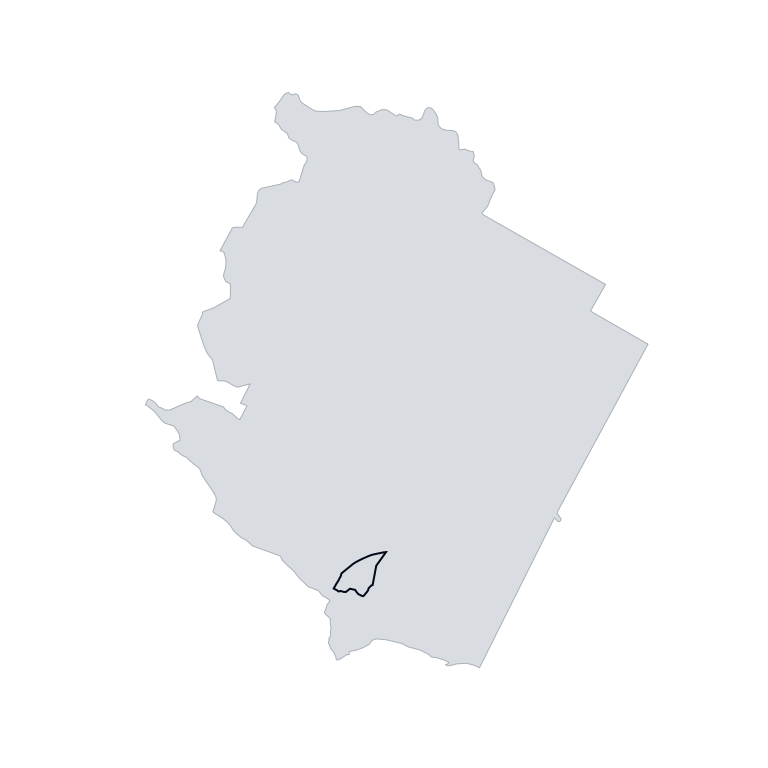 Dordieb, Red Sea, Sudan (highlighted), rotated 116°
{"feature_id": "16777658B19100050508345", "entity_name": "Dordieb", "entity_type": "district", "adm_level": 2, "iso_a3": "SDN", "parent_name": "Sudan", "parent_adm1": "Red Sea", "projection": "orthographic", "projection_center": [35.963, 17.512], "detail": "fine", "context": "in_parent", "style": "outline", "palette": "ink", "viewbox_px": 768, "rotation_deg": 116, "n_neighbors": 0, "source": "geoboundaries", "source_scale": "gbopen_adm2", "svg_char_len": 4548}
<svg xmlns="http://www.w3.org/2000/svg" viewBox="0 0 768 768"><g transform="rotate(116 384 384)"><path d="M507.3,589.4L501.1,589.3L500.5,587.8L500.6,583.9L501.3,580.9L503.6,576.1L503.0,573.5L503.4,569.8L501.8,565.6L487.2,553.2L484.4,549.8L476.6,546.6L478.0,543.2L475.0,518.2L476.6,515.3L477.1,510.9L477.1,507.1L479.1,500.7L479.3,498.0L463.8,497.6L463.6,500.3L464.2,503.4L464.2,504.6L442.6,504.3L451.1,514.3L451.5,518.6L450.9,524.0L451.0,527.4L451.5,529.7L453.7,534.1L453.6,534.9L453.0,535.9L437.5,548.7L434.8,554.7L432.8,557.8L428.2,563.0L414.0,576.6L411.7,577.5L401.0,577.7L399.9,578.0L399.1,578.6L398.6,578.5L389.6,570.0L374.4,559.7L364.2,564.5L361.3,566.3L361.2,571.0L359.6,573.4L356.9,575.9L349.3,577.3L345.4,578.6L340.7,581.1L336.0,585.4L335.6,587.7L336.1,589.8L310.2,588.7L308.5,586.9L305.0,579.4L302.3,579.8L278.8,577.9L275.4,578.5L268.6,581.2L265.2,581.5L261.8,579.9L249.9,564.8L247.3,563.0L244.6,559.4L242.0,557.7L241.2,556.6L240.9,555.0L241.1,551.8L240.3,549.8L238.4,549.2L221.8,551.7L219.4,551.1L215.9,551.5L214.7,552.1L213.3,553.9L212.9,557.9L212.4,559.8L211.1,561.9L206.2,566.6L205.1,568.6L205.1,574.1L204.7,576.8L204.0,578.0L201.9,580.0L201.1,581.1L200.0,588.0L197.3,592.0L196.7,593.4L196.4,596.5L196.0,597.3L188.5,599.3L185.6,600.6L183.9,602.9L183.4,603.8L180.2,602.8L176.2,601.9L168.4,600.7L165.4,599.4L164.0,597.6L164.6,593.5L163.8,592.5L162.6,591.7L161.8,589.8L162.1,587.7L166.3,583.1L167.3,580.6L168.8,568.5L168.6,564.8L165.6,557.7L158.6,545.4L156.9,543.0L148.0,532.7L147.0,531.2L145.0,526.9L147.8,518.1L148.1,515.6L147.6,513.0L145.3,510.9L143.3,510.6L140.6,508.0L138.9,506.8L137.4,504.5L136.4,501.5L137.7,491.0L137.3,489.5L134.9,488.9L134.4,488.1L134.6,486.1L133.7,480.0L132.5,474.9L133.4,472.2L131.6,468.3L128.0,466.4L120.6,467.1L118.3,466.7L116.8,465.9L115.7,464.4L115.3,462.7L115.9,460.3L118.2,456.0L121.0,452.5L126.5,449.5L128.0,447.8L128.9,445.8L129.2,443.6L128.9,441.1L128.5,438.9L127.1,435.8L125.9,432.3L125.9,430.0L126.7,428.4L128.3,426.5L133.7,423.0L139.2,420.1L140.2,419.0L139.9,417.6L137.6,414.7L137.2,409.5L136.0,405.8L138.9,403.2L140.9,402.4L144.1,401.8L145.4,400.7L145.9,398.5L145.9,396.5L147.1,395.0L148.8,391.8L150.1,390.3L154.4,386.7L155.5,384.3L155.9,381.8L155.2,374.4L157.8,371.5L160.9,369.2L165.2,369.6L172.0,369.5L176.6,368.8L179.8,369.0L187.2,370.9L188.0,370.3L188.5,368.4L197.4,228.5L227.6,230.4L228.0,230.2L232.5,164.2L422.7,172.1L424.3,171.9L427.5,165.8L428.8,165.4L430.7,165.8L431.3,167.2L429.6,172.2L597.1,173.8L597.5,181.4L598.9,187.4L603.7,196.0L607.8,200.6L609.3,203.2L609.4,204.4L609.2,205.5L608.0,204.2L605.9,203.4L605.7,207.4L606.7,215.7L608.5,221.5L607.3,226.9L607.5,236.0L609.7,246.9L609.4,253.9L613.0,270.2L616.5,279.2L618.5,281.4L620.6,282.5L624.7,283.3L630.8,287.8L635.7,292.6L637.4,295.1L639.8,297.9L641.3,297.4L642.3,296.6L643.9,298.9L651.6,303.6L652.7,305.9L650.0,308.1L646.9,312.0L645.4,315.5L644.6,316.7L642.1,318.9L641.7,320.0L640.6,320.7L639.4,320.7L636.8,322.0L634.5,321.6L632.1,322.3L631.2,323.2L629.3,323.9L626.8,324.4L622.8,327.4L619.4,328.9L618.2,330.1L616.4,336.1L615.1,337.6L610.0,337.8L607.4,338.4L604.0,337.7L602.3,337.8L601.9,339.1L601.3,344.2L601.4,346.4L598.5,352.3L599.4,363.2L596.7,371.4L596.3,373.3L593.4,379.8L592.0,382.2L588.4,394.3L587.0,398.0L584.0,401.9L587.2,431.0L584.6,439.9L584.7,444.8L582.9,452.0L581.5,455.3L579.1,459.3L577.1,463.7L575.5,469.6L574.3,480.8L573.8,481.8L564.5,483.2L561.5,484.0L559.6,485.2L557.2,488.1L552.4,495.9L549.9,500.7L546.0,507.2L541.4,511.9L540.4,514.1L539.7,518.3L537.9,525.0L536.4,529.7L536.7,533.5L535.2,540.1L535.4,543.3L533.8,545.1L531.6,546.8L530.1,547.2L523.7,542.7L519.1,545.7L516.2,550.0L513.9,554.3L515.2,563.4L515.0,565.4L514.4,567.6L510.0,576.5L508.7,580.5L507.3,587.7L507.3,589.4Z" fill="#d9dde1" stroke="#a8b0b8" stroke-width="1"/><path d="M559.4,333.0L563.4,334.8L565.7,335.9L572.9,339.2L575.7,338.6L577.6,338.8L579.3,338.8L580.9,338.8L582.3,339.0L583.6,339.1L583.9,339.2L585.2,339.3L585.5,339.3L587.6,339.4L588.8,339.5L589.9,339.5L590.0,335.9L590.4,333.9L589.1,332.3L588.8,330.7L588.6,329.5L587.8,327.2L582.9,324.8L581.7,319.6L582.1,319.0L582.7,318.1L583.4,316.5L584.1,315.1L584.1,311.6L584.1,310.3L583.8,309.7L582.6,309.2L580.7,308.8L578.9,308.3L578.0,308.1L576.2,307.9L574.2,308.3L570.7,307.1L569.7,306.1L559.1,309.0L555.9,309.9L550.7,311.3L534.2,308.5L534.3,308.7L534.6,309.1L536.0,311.3L536.7,312.1L539.0,315.1L541.0,317.7L542.9,320.0L544.1,321.2L545.4,322.4L547.5,324.2L549.7,326.1L552.9,328.6L554.0,329.4L554.9,330.1L557.2,331.7L558.3,332.3L559.4,333.0Z" fill="none" stroke="#020617" stroke-width="2"/></g></svg>